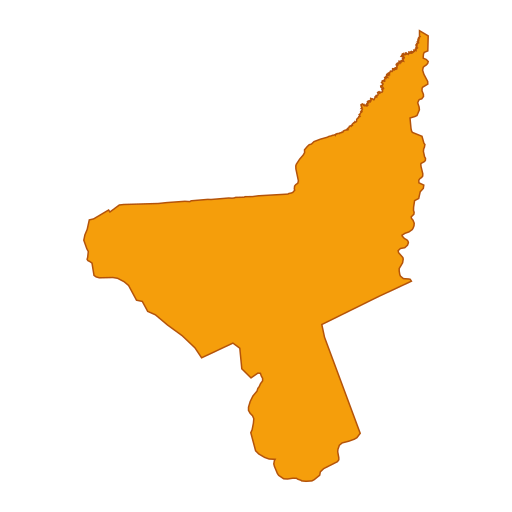 Kabo, Ouham, Central African Republic (orthographic projection)
{"feature_id": "33826404B79989829713557", "entity_name": "Kabo", "entity_type": "district", "adm_level": 2, "iso_a3": "CAF", "parent_name": "Central African Republic", "parent_adm1": "Ouham", "projection": "orthographic", "projection_center": [18.904, 7.84], "detail": "fine", "context": "isolated", "style": "filled", "palette": "amber", "viewbox_px": 512, "rotation_deg": 0, "n_neighbors": 0, "source": "geoboundaries", "source_scale": "gbopen_adm2", "svg_char_len": 5893}
<svg xmlns="http://www.w3.org/2000/svg" viewBox="0 0 512 512"><path d="M319.7,475.2L320.3,471.9L323.7,468.6L337.4,461.7L338.8,459.8L338.8,457.7L337.7,451.8L337.9,449.4L339.4,445.2L342.2,442.9L348.8,441.2L354.3,439.2L356.9,437.7L360.2,433.3L324.5,337.2L321.8,324.5L379.0,296.3L411.4,281.2L410.2,279.3L408.9,279.0L403.4,278.6L400.5,276.2L399.8,274.6L399.2,271.0L399.2,268.5L402.6,262.8L403.2,259.1L402.9,257.6L398.6,252.7L398.1,250.7L400.4,248.5L404.8,247.7L407.5,245.2L408.4,242.7L408.0,241.2L406.9,239.9L404.4,238.5L402.3,236.2L402.0,235.2L405.0,233.3L409.0,231.9L412.3,229.5L413.2,227.9L414.0,225.8L414.2,223.2L413.0,220.2L411.5,218.4L411.2,216.9L413.9,214.2L414.1,212.3L413.5,210.4L413.6,207.1L414.6,200.6L418.7,198.5L420.2,191.8L423.3,188.4L423.8,185.1L418.9,182.8L418.8,180.2L420.0,178.5L421.5,177.6L422.7,176.1L422.8,173.8L421.0,166.4L420.8,164.2L421.0,163.5L424.5,161.5L425.4,160.3L425.5,158.3L424.6,156.9L423.4,151.4L423.7,148.8L424.4,147.3L424.9,144.5L423.9,143.2L422.0,136.3L412.4,132.4L411.6,131.1L411.0,128.5L410.0,118.0L415.0,116.5L417.0,115.5L419.4,109.8L419.1,107.0L417.7,102.8L418.8,100.1L419.9,99.3L421.7,98.9L423.5,96.5L423.4,94.3L422.0,90.8L422.1,88.2L422.7,87.2L427.8,84.1L427.7,81.5L423.9,74.3L422.6,70.2L423.2,67.4L424.0,66.5L426.4,64.9L427.7,63.4L428.2,61.5L426.3,59.5L423.3,58.2L423.2,57.0L423.5,54.0L424.2,52.4L427.8,50.9L428.2,35.9L419.5,30.7L419.5,36.1L420.1,36.6L419.2,37.3L419.1,38.0L418.7,37.7L418.4,38.2L419.0,38.5L417.8,40.0L417.9,40.4L418.3,40.1L418.7,40.2L418.5,41.0L417.7,41.6L418.1,41.7L418.5,42.6L417.9,42.7L418.1,43.1L417.5,43.7L417.0,43.6L417.2,44.0L417.0,44.7L416.3,44.5L416.0,44.8L416.0,45.1L416.6,45.1L417.0,45.7L416.9,46.3L416.3,46.5L416.2,47.0L417.4,47.9L416.7,48.5L416.3,48.1L415.9,48.1L416.0,50.3L415.2,49.7L415.1,50.4L413.9,50.2L414.2,51.2L413.8,51.1L413.5,52.0L412.8,52.5L412.6,51.8L411.5,51.7L411.4,52.0L412.0,52.8L411.7,53.2L411.0,53.2L410.9,52.4L410.6,53.0L410.1,53.1L410.2,52.0L409.7,52.2L408.9,52.0L408.9,53.6L408.3,54.3L408.0,53.8L407.0,54.1L406.7,53.3L406.0,52.8L405.7,52.9L406.0,53.8L405.5,54.6L405.0,54.4L404.1,54.9L403.8,54.5L404.3,54.3L403.9,53.6L403.5,54.3L402.9,53.8L402.4,53.9L402.1,54.8L402.7,54.7L402.9,55.2L401.8,55.4L401.2,56.3L402.9,56.3L404.3,57.4L404.1,57.9L403.6,57.4L402.4,58.1L402.6,58.7L403.3,59.1L402.9,59.7L403.5,61.1L402.7,60.8L402.0,61.4L401.6,60.5L401.2,60.5L400.9,61.0L401.6,61.5L401.1,61.7L400.7,62.7L400.3,61.8L399.6,61.3L399.0,61.2L399.1,63.5L398.5,63.5L398.5,63.0L397.4,63.1L396.4,64.2L396.7,64.3L397.3,63.8L397.9,64.8L397.7,65.3L396.7,65.7L397.1,66.1L396.8,66.6L397.0,67.5L396.6,68.1L396.8,68.8L396.4,69.0L395.8,68.7L395.8,67.8L395.5,67.7L394.7,68.2L395.4,68.6L395.5,69.3L395.0,69.3L394.4,69.9L393.6,68.9L392.6,68.7L392.5,69.1L393.0,69.7L392.9,70.4L392.0,71.5L391.2,71.0L390.5,71.1L390.4,71.8L389.6,72.3L389.5,73.9L389.1,73.3L388.4,73.0L388.0,73.4L388.3,74.6L387.3,74.0L386.7,74.4L386.6,74.8L387.6,75.5L387.0,75.5L386.1,76.3L387.3,77.4L386.4,77.3L386.1,78.0L385.7,77.3L384.7,77.5L385.1,78.3L384.6,79.7L384.7,81.2L384.1,81.4L383.8,80.3L382.2,81.0L382.3,81.6L381.5,82.6L383.0,83.8L382.9,84.5L382.3,85.0L382.4,86.0L381.6,85.7L380.7,86.0L380.8,87.0L382.3,88.1L383.2,87.8L383.6,88.4L383.4,88.9L381.9,89.3L382.7,91.0L381.9,92.3L380.2,92.1L380.2,92.9L379.7,93.2L379.0,91.7L377.6,92.5L378.2,94.0L377.9,95.1L376.2,95.5L376.8,96.4L376.7,97.0L376.1,96.6L375.1,96.8L375.2,97.5L374.7,98.0L374.1,99.7L373.7,99.8L372.5,98.8L371.8,98.9L370.7,98.4L370.6,98.8L371.1,99.3L371.0,100.8L370.5,101.1L370.3,101.9L369.4,101.8L370.1,101.4L369.8,100.6L369.3,100.8L368.9,101.7L368.2,101.0L367.4,101.8L368.3,103.0L366.9,103.5L366.6,104.5L367.9,105.1L367.0,106.0L366.1,105.9L365.4,105.2L364.7,105.8L363.9,105.5L364.2,105.0L364.0,104.4L363.1,104.5L362.4,103.9L361.0,104.7L361.1,105.7L361.5,105.7L361.6,106.3L361.0,106.9L361.4,106.6L361.8,107.6L361.4,108.2L361.9,108.1L361.8,108.5L362.4,109.1L361.4,110.7L362.0,111.2L361.5,111.8L361.0,111.8L361.3,112.3L360.9,112.4L359.9,114.2L359.3,114.5L359.8,115.0L359.3,116.0L359.8,116.5L358.7,116.8L358.4,117.9L357.6,118.2L356.7,119.4L356.5,121.5L355.4,122.2L354.9,121.8L354.8,122.3L353.9,122.6L353.8,123.1L353.4,123.1L352.1,124.4L352.4,125.4L351.3,125.5L351.1,126.3L350.3,125.9L349.3,126.4L349.1,127.4L347.9,128.4L348.0,129.0L347.5,128.6L347.1,129.1L347.3,129.7L347.0,130.1L346.2,129.9L344.3,130.5L343.2,131.2L343.2,131.7L342.7,132.1L341.8,132.2L341.8,132.5L339.7,133.0L339.5,133.5L338.0,133.4L336.4,134.2L336.2,133.9L335.4,134.5L335.3,135.0L335.1,134.7L332.8,135.4L332.3,135.3L331.6,135.8L328.9,136.4L327.4,137.2L320.3,139.2L314.0,141.6L311.4,144.1L309.2,144.7L307.2,146.6L304.5,149.8L304.6,152.6L303.1,155.2L299.7,159.1L296.3,164.3L295.8,165.9L295.9,168.9L298.4,180.9L297.8,183.2L295.7,184.7L294.6,186.1L294.3,188.9L294.7,190.2L292.8,192.4L291.4,193.0L288.8,193.5L287.9,194.1L258.4,195.8L252.5,196.6L245.0,196.7L244.2,197.2L235.4,197.4L234.5,197.9L232.1,198.2L228.7,198.0L211.1,199.5L207.6,199.4L191.1,200.8L189.9,201.6L184.9,201.3L166.6,202.6L158.4,203.5L123.7,204.5L119.3,205.0L109.9,212.0L108.6,210.0L93.6,218.9L89.3,219.9L87.2,229.4L84.9,234.9L83.8,240.2L86.8,248.7L88.3,251.5L87.7,257.2L87.1,259.3L87.9,260.6L89.9,261.6L92.0,263.1L94.0,275.4L96.1,276.9L99.3,277.8L112.9,277.5L117.6,278.3L124.1,281.7L128.6,285.5L136.5,300.2L142.3,301.4L147.7,311.4L155.4,314.8L167.5,325.0L182.3,335.8L195.0,347.9L201.6,357.8L232.9,343.1L239.8,348.2L241.8,368.8L251.0,377.9L257.9,373.1L260.4,373.3L261.3,376.0L262.6,378.3L262.6,380.9L260.6,383.5L259.1,386.8L257.9,388.3L257.0,391.1L252.9,396.0L250.2,401.5L248.5,407.2L248.5,410.4L250.2,413.4L252.5,415.7L253.8,418.7L253.4,423.2L252.1,429.8L250.8,432.7L255.6,450.8L258.8,454.0L264.6,457.4L269.1,459.0L275.1,459.3L274.4,460.5L273.8,463.9L274.4,466.3L277.4,473.5L278.7,475.4L283.7,478.8L287.5,479.0L292.9,478.2L296.5,478.3L297.8,479.2L301.0,480.3L301.7,480.9L306.0,481.3L311.9,480.9L314.3,479.6L319.7,475.2Z" fill="#f59e0b" stroke="#b45309" stroke-width="1.5"/></svg>